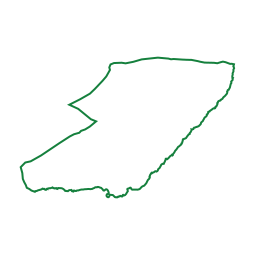 South Ambae, Penama, Vanuatu (Mercator projection), rotated 357°
{"feature_id": "77236927B86395134968187", "entity_name": "South Ambae", "entity_type": "district", "adm_level": 2, "iso_a3": "VUT", "parent_name": "Vanuatu", "parent_adm1": "Penama", "projection": "mercator", "projection_center": [167.858, -15.42], "detail": "fine", "context": "isolated", "style": "outline", "palette": "green", "viewbox_px": 256, "rotation_deg": 357, "n_neighbors": 0, "source": "geoboundaries", "source_scale": "gbopen_adm2", "svg_char_len": 5832}
<svg xmlns="http://www.w3.org/2000/svg" viewBox="0 0 256 256"><g transform="rotate(357 128 128)"><path d="M161.5,59.3L145.3,60.2L136.7,62.2L129.0,63.3L125.0,62.5L117.4,62.4L113.9,63.6L112.5,66.5L113.0,69.1L109.0,75.4L104.9,79.7L96.9,87.3L91.8,91.7L81.7,96.8L70.6,101.7L79.3,106.3L91.4,117.3L96.5,119.7L89.9,124.6L85.1,127.2L81.0,128.4L79.1,130.2L73.8,131.4L69.4,133.4L58.6,139.6L39.7,150.9L29.0,156.2L23.6,157.1L18.8,161.5L20.1,167.5L20.3,173.3L21.5,176.6L23.0,179.7L23.8,182.4L26.2,183.7L28.3,185.4L31.6,186.8L31.8,186.3L32.8,186.1L33.2,186.2L33.7,186.1L34.3,185.7L34.9,185.6L35.4,185.4L36.2,185.3L37.2,185.0L37.7,185.0L39.2,184.3L39.4,184.1L39.6,184.2L40.0,184.4L40.5,184.5L40.9,184.3L41.2,184.4L41.4,184.5L41.9,185.2L42.2,185.4L43.0,185.4L43.5,184.7L43.8,184.5L44.3,184.7L44.3,184.4L44.6,184.3L45.4,184.2L46.1,184.0L47.1,184.1L49.2,183.6L49.5,183.4L49.9,183.7L50.0,184.0L50.3,184.2L50.6,184.2L50.9,184.1L51.2,184.3L51.8,184.6L52.7,184.3L53.4,184.8L53.7,184.5L53.8,184.6L53.9,184.9L54.4,185.1L54.6,184.5L55.0,184.4L55.6,184.3L56.2,184.4L56.8,184.5L57.2,184.5L58.7,184.7L59.3,185.0L60.3,185.6L60.5,185.8L61.5,186.8L61.8,187.4L62.3,187.6L62.7,187.5L63.1,187.7L63.6,187.8L64.8,187.9L65.1,187.5L66.1,187.0L67.9,187.0L68.2,186.9L68.7,187.4L68.8,188.2L69.0,188.3L69.3,188.3L69.8,188.5L70.2,188.2L70.4,188.4L70.6,188.2L70.7,187.7L71.3,187.7L72.0,188.1L72.9,188.2L73.4,187.9L73.9,187.7L75.0,187.8L76.7,187.3L77.8,187.1L78.5,187.0L79.3,187.1L80.1,187.1L81.2,186.9L83.5,186.9L85.2,186.8L87.4,187.1L88.3,187.0L89.3,186.9L89.7,186.6L91.0,186.2L92.2,185.5L92.6,185.5L93.9,185.6L94.3,185.3L95.0,185.3L95.6,185.4L96.0,185.6L96.3,185.8L97.2,186.1L98.1,186.4L98.6,187.0L99.4,187.8L100.1,189.0L100.5,189.2L101.0,189.2L101.3,189.0L102.5,188.2L102.8,188.1L103.3,188.1L103.7,188.3L104.3,188.9L104.7,189.6L105.0,190.3L105.4,192.0L105.3,192.4L105.2,192.6L104.5,192.9L103.8,192.9L103.5,193.1L103.3,193.4L103.0,194.2L103.1,194.8L103.3,195.3L103.8,195.7L104.5,196.1L105.1,196.0L105.8,195.1L106.2,194.1L106.4,193.9L106.6,193.8L107.3,193.8L108.1,194.0L108.8,194.1L109.1,194.1L109.5,194.3L110.1,195.0L110.4,195.3L111.1,196.1L111.3,196.3L111.9,196.4L112.3,196.6L113.1,196.5L113.4,196.7L113.9,196.6L114.2,196.2L114.6,196.3L115.1,196.1L115.6,195.7L116.1,195.9L116.6,195.7L116.8,195.4L117.3,195.5L118.3,196.1L118.6,196.1L119.0,195.8L119.2,194.9L119.4,194.6L119.6,194.5L120.2,195.0L120.5,195.1L120.8,195.1L121.6,194.8L122.2,194.2L122.8,193.6L123.3,192.7L123.9,191.9L124.5,191.1L124.4,190.3L124.1,189.2L124.3,188.7L125.1,188.5L126.1,188.2L126.8,187.8L127.1,187.7L127.5,187.8L128.0,188.5L128.3,189.3L128.8,189.7L129.3,189.8L130.5,189.8L131.5,189.9L133.8,190.0L134.3,190.1L134.8,190.0L136.1,189.7L136.7,189.4L137.0,189.1L138.4,187.7L139.1,187.2L139.5,187.0L140.3,186.7L141.2,186.4L143.1,184.4L143.5,183.9L144.2,182.6L145.0,181.2L145.5,180.6L146.1,180.2L146.7,179.5L147.2,178.4L147.2,178.0L146.9,177.8L147.1,177.3L147.3,176.9L147.6,176.1L148.2,175.3L148.6,174.6L149.0,174.2L149.2,174.6L149.3,174.6L150.7,173.7L151.2,173.7L151.8,173.4L152.5,172.8L153.1,172.6L153.5,172.7L154.1,173.0L155.0,172.6L155.5,172.0L155.7,171.6L155.9,170.9L156.3,170.4L157.2,169.8L157.5,169.5L157.8,169.0L158.9,167.2L159.3,166.4L159.5,166.2L159.9,166.0L160.6,165.6L161.0,165.5L161.8,165.7L162.0,165.4L162.1,165.0L162.7,164.0L163.2,163.1L163.3,162.7L163.8,161.9L163.9,161.4L164.1,160.7L164.5,160.6L164.8,160.7L165.4,161.2L165.6,161.2L166.1,160.7L166.6,160.4L167.0,160.0L167.4,159.6L167.8,159.2L168.5,158.4L169.4,157.9L170.2,157.3L170.6,156.9L171.0,157.1L171.2,157.5L171.4,157.3L171.3,156.9L171.4,156.7L171.6,156.4L173.0,154.8L173.7,153.5L174.2,152.9L175.1,152.1L176.4,150.4L176.9,149.7L177.2,149.4L177.9,149.1L178.4,148.7L179.5,147.8L180.0,147.5L180.6,146.8L180.7,146.5L180.6,146.2L181.2,145.8L181.3,145.6L181.5,145.0L181.6,144.4L181.9,143.9L182.0,143.6L182.0,143.3L182.0,142.9L182.3,142.6L182.4,142.2L182.5,142.0L182.9,142.0L183.1,142.0L183.6,141.7L184.5,141.5L185.0,141.3L185.4,141.1L186.1,140.2L187.0,139.0L187.8,138.2L188.1,137.7L188.5,137.5L189.1,137.3L189.4,137.1L189.3,136.5L189.5,136.2L190.4,135.3L191.4,133.4L191.5,133.0L191.4,132.7L192.1,132.8L192.9,132.5L193.2,132.5L193.4,132.2L193.5,131.7L193.8,131.4L194.1,131.1L194.4,131.1L194.9,131.1L196.0,130.6L196.6,130.6L197.1,130.3L197.5,130.3L197.9,130.2L198.2,130.0L198.7,129.8L199.0,129.6L200.0,128.7L200.7,128.1L200.9,127.7L201.2,126.7L201.4,126.3L202.9,125.1L203.3,124.7L203.6,123.9L204.1,123.3L204.7,122.1L205.1,121.7L205.7,121.1L206.3,120.8L206.9,120.3L207.4,119.5L207.5,119.1L207.4,118.6L207.7,118.4L208.3,118.1L208.8,117.2L208.9,116.2L209.3,116.0L209.8,116.0L210.4,115.7L210.5,115.3L212.7,114.0L213.4,113.4L213.7,113.2L215.0,112.7L215.5,113.0L215.8,112.9L216.1,112.7L216.4,112.1L216.4,111.5L216.7,111.2L217.2,111.1L217.4,111.0L218.5,109.0L218.6,108.4L218.4,107.9L218.5,107.8L218.9,107.5L218.9,107.2L219.2,106.9L219.3,106.7L219.4,106.3L219.7,106.0L220.4,105.7L221.0,105.5L221.4,105.5L221.9,105.2L221.9,104.9L222.4,104.5L223.7,103.9L224.0,103.6L224.4,102.9L225.1,102.1L225.3,101.9L225.8,101.7L226.0,101.5L226.8,100.8L227.7,99.8L228.1,99.5L228.4,99.0L228.7,98.6L229.0,97.7L228.9,96.7L229.0,96.6L229.5,96.1L229.5,95.7L229.6,95.4L229.9,95.2L230.6,95.0L230.6,94.8L231.1,94.2L231.3,93.8L231.7,93.2L231.9,92.8L232.8,89.7L232.9,89.4L233.5,88.7L233.6,88.1L233.4,87.3L233.5,87.0L234.0,86.4L234.8,85.8L235.0,85.2L235.1,84.8L234.9,84.1L234.9,83.9L235.3,83.7L235.5,83.4L235.3,83.2L234.9,83.0L234.8,82.5L234.9,81.5L235.1,80.9L235.4,80.0L235.3,79.1L235.5,78.5L236.2,77.2L236.3,76.8L236.3,75.3L236.9,74.2L237.1,73.8L237.0,73.5L236.8,73.0L236.8,72.4L236.5,72.1L236.4,71.8L236.7,71.1L237.1,70.3L237.2,69.9L234.9,69.3L233.3,69.3L228.9,67.4L226.3,66.7L224.2,67.1L220.6,68.0L217.3,67.4L208.0,66.7L203.5,65.6L201.3,64.9L194.9,63.3L190.7,63.0L185.6,62.5L177.3,61.5L174.5,61.6L172.0,60.8L161.5,59.3Z" fill="none" stroke="#15803d" stroke-width="2"/></g></svg>